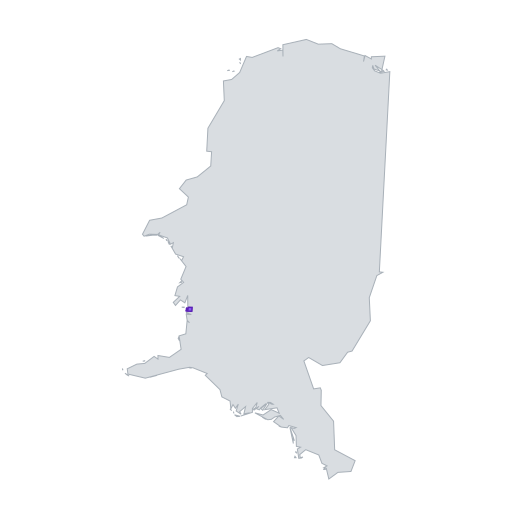 Jackson, Mississippi, United States of America (highlighted), rotated 93°
{"feature_id": "52423323B10934602069357", "entity_name": "Jackson", "entity_type": "district", "adm_level": 2, "iso_a3": "USA", "parent_name": "United States of America", "parent_adm1": "Mississippi", "projection": "equal_earth", "projection_center": [-88.578, 30.463], "detail": "fine", "context": "in_parent", "style": "filled", "palette": "violet", "viewbox_px": 512, "rotation_deg": 93, "n_neighbors": 0, "source": "geoboundaries", "source_scale": "gbopen_adm2", "svg_char_len": 4565}
<svg xmlns="http://www.w3.org/2000/svg" viewBox="0 0 512 512"><g transform="rotate(93 256 256)"><path d="M416.9,169.9L445.4,167.3L455.2,146.3L466.2,149.9L467.8,162.9L474.9,171.6L464.3,174.7L463.9,177.2L461.9,174.1L459.6,179.3L451.4,182.9L446.8,196.2L452.0,201.9L455.2,201.2L454.2,198.7L455.3,199.9L455.8,202.7L446.6,204.6L444.6,201.5L444.0,205.7L433.3,206.6L425.5,212.0L426.2,208.9L425.3,207.0L423.6,214.3L425.9,215.6L425.5,221.8L420.5,229.8L414.5,224.8L417.7,219.8L413.9,223.3L415.8,228.9L418.3,232.1L418.9,235.7L412.7,248.9L414.4,240.6L408.6,232.8L411.8,224.6L406.5,227.1L409.0,239.2L403.6,235.5L401.8,235.9L403.3,232.1L403.1,231.0L401.5,233.9L401.5,236.5L409.7,241.2L408.0,243.4L404.3,239.1L402.9,238.4L407.6,243.5L409.5,244.6L408.5,247.6L406.0,245.2L410.0,249.9L409.1,250.6L407.2,248.2L402.2,247.1L408.5,251.6L412.3,251.4L416.6,262.8L412.9,254.0L414.2,259.8L406.9,258.5L412.3,264.2L414.8,262.6L411.8,267.7L404.8,265.9L409.1,268.6L405.6,271.2L409.9,273.1L402.2,274.3L398.5,282.7L391.3,285.0L377.8,300.4L375.9,298.6L371.0,312.9L370.6,316.4L373.1,327.3L383.8,360.1L380.6,377.7L375.4,378.7L370.2,369.3L369.1,361.5L361.6,352.5L364.1,348.5L360.5,348.7L361.8,337.2L353.1,325.9L339.8,328.6L337.4,322.0L324.4,321.4L326.1,318.9L323.8,321.4L317.9,322.6L317.8,317.5L316.8,321.1L298.9,322.1L306.5,324.6L303.8,329.2L309.6,333.8L306.6,336.2L300.3,330.1L299.8,334.9L291.0,332.8L286.1,326.9L283.1,329.9L270.2,325.3L262.6,331.8L264.5,330.0L260.5,328.3L258.3,336.4L250.3,341.6L252.1,340.0L247.0,339.2L248.7,342.0L242.6,345.4L240.0,354.4L237.3,353.0L239.6,355.4L239.8,363.7L242.1,368.8L240.2,370.5L225.9,364.1L223.0,352.0L208.5,327.9L200.7,326.6L192.8,336.0L183.8,329.7L180.1,318.8L168.5,305.9L154.2,305.8L153.9,310.7L130.9,310.7L102.5,295.8L82.9,297.7L81.0,289.6L73.6,281.9L57.2,275.9L57.9,270.2L46.8,244.9L47.7,242.2L50.1,245.5L49.0,240.0L55.3,239.5L43.6,240.2L37.1,217.1L41.2,204.9L40.0,191.4L44.6,182.7L50.6,158.2L56.2,158.8L50.1,157.6L53.2,151.1L51.0,151.2L49.7,137.7L63.3,140.0L59.2,147.1L64.7,142.0L63.1,148.0L59.5,149.4L61.9,149.7L64.9,147.2L67.0,141.2L64.9,132.0L265.4,132.0L265.6,128.5L269.2,134.3L291.7,140.7L314.7,138.4L345.9,155.1L347.3,159.5L358.2,166.6L361.9,183.9L354.6,198.1L358.3,202.7L385.7,191.5L384.3,184.9L386.7,183.8L402.0,183.3L416.9,169.9ZM436.7,209.6L441.3,208.9L425.3,213.2L438.4,208.0L436.7,209.6ZM64.8,137.7L66.0,141.4L65.8,142.0L63.7,139.2L64.8,137.7ZM241.9,367.3L240.2,360.0L240.4,355.8L240.6,360.2L241.9,367.3ZM465.5,175.2L465.6,177.2L464.8,176.8L465.5,175.2ZM286.2,329.0L286.6,330.7L285.1,329.3L286.2,329.0ZM63.1,282.4L65.1,281.5L63.1,282.4ZM61.1,281.8L60.2,282.9L59.6,281.9L61.1,281.8ZM450.9,204.9L449.7,206.2L449.3,205.9L450.9,204.9ZM241.6,352.0L240.4,355.3L243.3,348.9L241.6,352.0ZM380.6,349.2L382.7,355.8L380.3,348.6L380.6,349.2ZM72.5,287.6L73.2,289.3L72.4,287.8L72.5,287.6ZM381.5,378.6L379.9,380.7L382.5,376.4L381.5,378.6ZM417.4,266.7L415.7,269.1L416.9,263.4L417.4,266.7ZM63.5,134.6L63.3,135.7L62.6,135.2L63.5,134.6ZM248.8,343.3L245.9,344.8L248.8,342.8L248.8,343.3ZM455.3,205.5L455.4,207.0L454.0,206.6L455.3,205.5ZM72.0,292.4L72.4,294.4L71.7,292.6L72.0,292.4ZM245.2,346.0L244.0,346.8L245.0,345.5L245.2,346.0ZM418.3,238.3L416.6,241.4L418.6,237.0L418.3,238.3ZM261.7,333.2L259.8,334.5L262.5,332.3L261.7,333.2ZM371.4,314.5L371.1,317.2L370.9,315.3L371.4,314.5ZM410.6,273.5L410.0,274.0L411.7,272.1L410.6,273.5ZM344.6,328.0L342.4,329.4L341.5,329.1L344.6,328.0ZM317.0,322.1L316.6,322.6L315.3,322.5L317.0,322.1ZM366.7,361.7L367.0,363.6L366.3,361.3L366.7,361.7ZM311.3,325.8L310.9,327.5L310.8,324.5L311.3,325.8ZM376.5,383.3L375.3,383.5L377.0,382.9L376.5,383.3ZM425.2,222.9L424.4,224.4L425.3,222.2L425.2,222.9ZM414.3,269.6L413.6,270.2L413.4,270.2L414.3,269.6Z" fill="#d9dde1" stroke="#a8b0b8" stroke-width="1"/><path d="M310.7,317.1L310.7,317.7L310.7,319.0L310.7,320.2L310.7,320.5L310.9,320.6L311.0,320.7L311.1,320.8L311.3,321.0L311.3,320.9L311.6,321.1L311.8,321.3L312.0,321.4L312.5,321.2L312.9,321.2L313.0,321.2L313.2,321.5L313.3,321.5L313.5,321.4L313.8,321.5L314.0,321.6L314.3,321.4L314.4,321.2L314.5,321.2L314.6,321.4L314.7,321.2L314.6,319.5L314.6,319.3L314.6,319.2L314.6,318.7L314.6,318.3L314.6,318.2L314.6,317.8L314.5,317.4L314.5,317.2L313.4,317.1L312.5,317.1L311.1,317.1L310.7,317.1ZM311.6,322.4L311.6,322.5L311.9,322.6L312.1,322.5L312.4,322.7L312.5,322.7L312.9,322.7L313.1,322.7L312.9,322.6L312.6,322.5L312.5,322.4L312.3,322.4L312.1,322.3L311.9,322.3L311.6,322.4ZM313.7,322.7L313.8,322.9L314.2,323.0L314.4,323.0L314.6,322.8L314.6,322.7L314.4,322.8L314.2,322.8L313.9,322.7L313.7,322.7Z" fill="#8b5cf6" stroke="#5b21b6" stroke-width="1.5"/></g></svg>